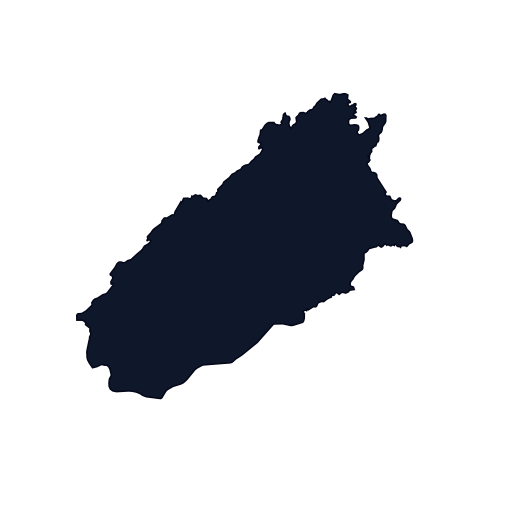 map outline of Punjab (Equal Earth projection), rotated 27°
{"feature_id": "PAK-1113", "entity_name": "Punjab", "entity_type": "Province", "adm_level": 1, "iso_a3": "PAK", "parent_name": "Pakistan", "parent_adm1": "", "projection": "equal_earth", "projection_center": [72.142, 30.862], "detail": "fine", "context": "isolated", "style": "filled", "palette": "ink", "viewbox_px": 512, "rotation_deg": 27, "n_neighbors": 0, "source": "natural_earth", "source_scale": "10m", "svg_char_len": 6072}
<svg xmlns="http://www.w3.org/2000/svg" viewBox="0 0 512 512"><g transform="rotate(27 256 256)"><path d="M383.0,165.7L387.3,169.6L388.5,171.2L388.8,172.6L388.3,173.7L386.9,175.5L386.0,179.1L384.1,179.1L381.7,180.3L380.7,181.4L380.8,182.7L379.2,182.3L378.4,183.1L377.6,183.2L375.0,182.1L374.2,182.3L374.5,183.9L373.0,183.9L372.6,184.1L371.8,185.6L371.3,185.9L368.4,186.1L367.7,187.1L365.7,186.3L365.0,187.6L364.6,189.6L363.8,191.1L362.9,191.3L360.1,190.7L358.8,193.4L357.6,194.2L353.6,197.9L353.2,198.8L353.0,201.1L352.5,201.9L352.2,203.1L351.6,203.5L351.0,204.6L354.0,210.4L355.3,215.9L356.6,218.2L356.8,219.3L356.5,220.4L354.8,223.4L353.1,228.4L352.8,229.8L352.8,232.4L352.0,235.9L352.4,237.9L353.4,239.4L354.1,239.8L356.9,239.4L358.8,241.3L355.3,243.7L354.7,244.7L354.7,245.9L352.7,248.4L350.0,248.9L349.3,249.3L348.5,250.2L347.5,252.5L345.0,251.9L343.9,252.4L343.3,253.6L343.6,254.6L343.1,255.7L341.2,257.0L341.7,258.6L340.3,260.0L338.4,262.8L338.1,264.0L337.5,264.5L337.2,265.8L334.9,266.9L333.0,269.0L332.5,270.1L332.7,272.3L332.6,273.7L332.0,274.4L330.2,275.0L327.0,280.3L325.7,280.1L325.9,281.7L325.1,281.6L324.3,282.1L323.6,283.0L323.1,284.2L325.3,285.5L327.3,289.6L327.9,292.1L327.7,293.9L320.4,301.0L318.7,302.1L310.7,304.2L303.1,308.3L302.4,309.2L296.4,332.3L288.4,350.5L284.6,357.1L283.1,361.2L281.8,362.7L258.8,376.8L257.6,377.8L254.3,382.6L253.2,385.0L250.6,396.9L249.7,399.8L248.5,402.4L246.8,404.5L241.3,409.8L237.7,415.3L237.0,417.6L236.5,424.9L236.2,425.8L235.6,426.4L222.2,431.2L218.5,431.6L215.0,431.2L211.1,431.6L207.3,432.6L203.9,434.0L193.3,440.2L189.7,441.2L186.6,440.7L184.3,438.8L182.6,435.8L181.2,432.1L181.3,428.7L180.9,427.5L177.6,423.5L175.3,421.7L173.0,421.0L170.4,422.1L167.9,422.7L167.1,423.4L164.6,426.7L161.1,429.8L156.0,427.0L153.2,425.0L151.7,423.3L148.9,418.4L148.3,416.8L145.6,407.0L145.3,405.4L144.5,403.9L144.4,401.0L143.9,399.9L141.9,398.2L141.0,395.7L135.5,394.6L135.1,394.3L135.0,393.2L134.6,392.8L132.0,392.0L130.3,392.1L125.5,394.5L123.2,390.2L123.2,389.1L123.6,388.3L126.9,386.3L129.5,382.2L132.2,374.4L132.0,373.7L130.9,372.1L131.2,369.4L131.8,367.7L134.0,365.4L137.2,359.9L139.3,358.0L140.2,356.3L141.8,347.4L141.8,345.8L141.5,345.5L141.1,345.6L140.0,346.7L139.5,346.7L138.4,344.9L138.5,341.4L138.3,340.3L137.3,339.3L134.7,338.9L134.2,338.2L135.6,330.2L135.7,325.8L136.4,324.1L137.0,323.4L138.6,322.6L141.3,322.1L142.3,321.2L143.9,318.2L146.3,316.0L148.9,308.9L151.3,303.3L151.9,301.1L151.9,299.1L152.4,297.3L154.0,295.1L155.2,292.5L155.5,290.7L154.9,290.1L153.6,290.1L152.9,290.6L152.2,291.8L151.9,291.8L151.7,291.3L151.7,289.4L150.7,288.6L150.5,287.9L151.9,283.0L152.3,279.8L152.8,278.2L156.9,270.1L156.9,269.1L156.3,267.2L157.0,263.9L157.6,263.3L159.1,263.0L162.7,257.3L164.1,257.0L164.3,256.6L164.3,255.2L163.8,253.5L164.5,241.9L165.0,242.3L165.7,241.0L165.3,238.0L165.4,237.4L169.0,235.4L171.8,235.0L172.0,234.3L171.7,231.7L172.4,231.8L172.8,231.5L173.5,230.0L174.4,228.9L176.5,228.8L178.7,227.2L180.0,227.4L182.5,228.5L185.8,227.2L188.3,229.0L188.9,227.5L190.1,225.9L190.0,224.9L190.3,223.0L190.7,222.6L191.9,221.9L192.4,221.3L192.6,219.2L192.2,217.5L193.0,216.3L191.7,213.9L193.9,207.4L193.7,204.7L196.7,198.3L197.4,194.8L197.8,193.7L199.8,191.3L200.6,188.8L202.9,186.0L203.2,185.0L203.3,183.1L204.0,181.6L205.6,179.6L207.7,178.1L208.2,177.2L209.0,173.6L210.3,170.7L210.6,168.0L213.2,163.6L213.4,162.6L213.6,158.6L213.1,157.6L213.0,156.9L212.5,156.5L211.9,156.6L211.5,157.4L210.8,157.9L210.2,159.0L209.8,159.1L209.4,158.6L209.0,157.3L209.7,154.8L209.6,153.5L209.2,153.3L206.4,153.7L205.9,153.4L205.5,152.5L204.8,148.8L204.6,146.0L203.0,141.8L204.2,140.7L204.7,135.5L205.2,133.8L206.2,131.9L206.9,131.2L211.4,128.9L213.5,129.9L217.4,128.8L218.0,128.3L218.7,126.9L218.8,126.2L218.4,125.4L217.6,125.4L217.5,125.1L217.9,122.0L217.1,120.4L217.0,119.2L216.4,118.2L216.3,117.5L216.7,115.8L217.1,115.4L218.2,116.6L219.4,117.3L220.1,117.4L221.9,116.7L223.3,117.6L224.3,118.9L224.5,121.5L225.2,123.2L226.8,125.1L228.9,126.2L229.4,125.5L229.5,123.3L229.8,122.2L231.1,120.3L231.3,119.1L231.2,117.8L229.5,115.5L229.8,115.5L229.1,114.9L228.9,114.0L230.0,111.3L229.9,109.2L230.7,108.0L233.2,106.6L235.5,106.4L236.2,105.4L236.7,105.2L236.5,104.1L237.7,101.5L239.6,99.9L240.0,99.3L240.0,96.8L240.8,95.2L240.9,92.2L242.9,86.6L244.7,85.5L245.8,84.1L247.0,84.7L248.6,84.8L250.1,85.5L251.1,84.9L252.2,85.5L252.5,83.3L251.8,77.7L252.4,75.6L257.1,74.3L260.7,71.4L262.3,70.8L264.8,70.8L265.9,74.0L266.5,74.8L269.4,75.4L270.2,75.9L270.3,76.4L268.9,77.8L268.7,78.6L270.0,80.0L270.6,80.4L272.1,79.8L273.0,78.0L274.0,77.4L274.1,76.4L275.0,75.3L275.7,75.0L276.5,76.0L276.2,77.3L276.4,77.8L277.2,78.7L278.1,78.6L278.5,79.1L278.5,80.6L277.8,81.8L278.3,82.1L279.2,81.9L280.0,82.5L279.7,83.3L278.5,84.4L278.4,85.3L278.6,86.0L280.1,86.0L281.1,86.5L282.3,86.6L282.2,87.7L278.1,90.1L277.2,91.5L276.9,93.0L278.2,95.7L279.1,96.5L280.1,96.7L281.1,96.5L284.3,94.3L285.8,93.7L287.4,93.4L288.3,93.7L289.3,95.0L290.1,97.1L289.6,99.4L290.5,100.4L292.5,101.3L293.5,100.9L295.8,97.9L297.4,93.5L299.0,91.4L299.3,90.0L295.3,85.8L290.8,83.3L291.7,82.9L293.7,83.0L295.8,81.3L299.1,79.5L299.7,77.8L301.0,75.8L300.9,74.3L301.4,73.8L303.4,74.2L305.2,71.8L306.6,71.0L307.8,71.6L310.5,77.2L310.6,79.1L310.0,83.3L311.2,86.7L311.4,88.8L310.4,91.4L310.3,93.1L312.1,95.5L312.9,97.6L313.0,98.5L312.8,99.0L312.1,99.7L312.7,103.6L311.7,104.2L311.3,105.9L310.4,107.3L310.5,108.4L311.7,110.5L311.3,112.1L311.6,115.5L310.7,115.9L310.7,116.5L312.2,116.3L312.5,117.5L313.7,118.5L314.0,119.0L313.6,121.4L312.6,122.5L313.4,123.7L314.8,124.8L317.4,126.1L318.7,127.1L319.2,127.9L320.6,128.8L321.3,129.0L322.9,128.2L325.0,128.0L326.6,128.7L328.3,131.5L342.9,140.0L342.5,140.7L343.5,142.7L344.2,143.2L345.2,143.4L347.4,142.2L348.3,142.1L351.0,144.4L354.2,144.1L355.9,143.0L356.8,140.0L357.6,139.1L358.4,139.0L359.0,139.5L359.2,140.8L357.5,145.8L357.8,150.5L356.7,153.6L356.8,154.8L358.2,158.8L359.4,160.4L360.9,161.0L365.9,160.2L368.9,161.9L370.7,161.7L372.5,160.8L374.0,160.7L375.3,161.3L378.5,163.8L381.6,164.7L383.0,165.7Z" fill="#0f172a" stroke="#020617" stroke-width="1.5"/></g></svg>